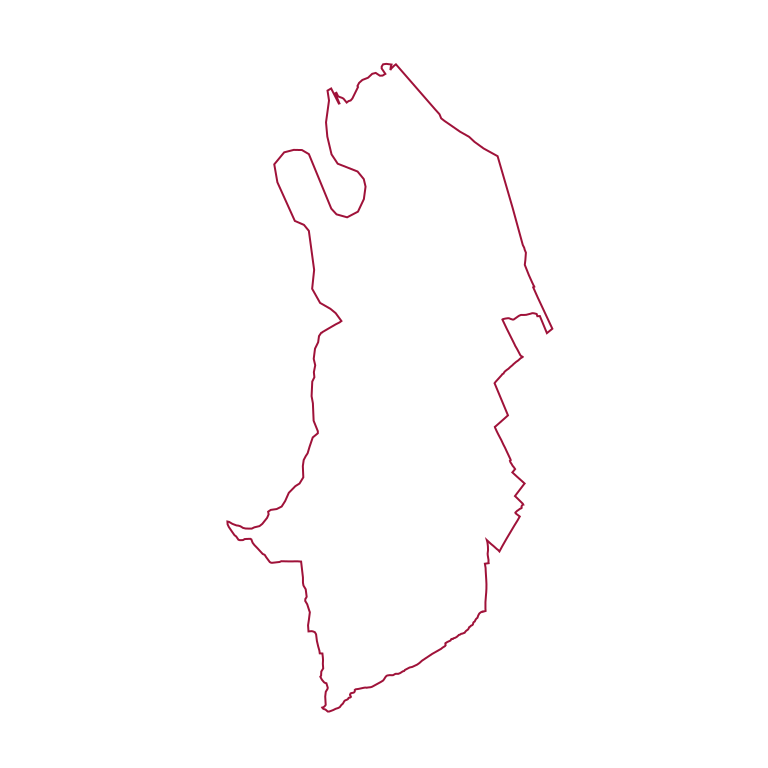 the district of Sibot, Alba, Romania, rotated 262°
{"feature_id": "2599482B82824801071491", "entity_name": "Sibot", "entity_type": "district", "adm_level": 2, "iso_a3": "ROU", "parent_name": "Romania", "parent_adm1": "Alba", "projection": "robinson", "projection_center": [23.303, 45.942], "detail": "fine", "context": "isolated", "style": "outline", "palette": "rose", "viewbox_px": 768, "rotation_deg": 262, "n_neighbors": 0, "source": "geoboundaries", "source_scale": "gbopen_adm2", "svg_char_len": 6062}
<svg xmlns="http://www.w3.org/2000/svg" viewBox="0 0 768 768"><g transform="rotate(262 384 384)"><path d="M682.4,368.9L672.4,369.0L651.2,363.0L636.9,362.3L618.7,364.0L608.6,368.8L598.1,387.4L589.7,392.5L582.0,393.2L569.9,389.8L558.3,382.2L554.2,370.7L558.6,360.6L565.0,356.2L622.1,341.6L627.1,335.3L628.4,327.2L627.3,317.4L616.8,305.9L598.6,306.5L557.9,318.4L552.7,326.9L546.1,330.9L506.7,330.7L488.3,326.1L473.2,332.0L465.9,341.4L460.9,346.0L452.3,350.6L451.2,348.6L449.8,344.5L447.0,337.6L444.0,330.3L443.6,329.9L443.4,328.9L440.5,326.3L434.5,324.6L428.6,320.6L418.7,317.9L412.1,318.5L405.5,316.2L400.4,316.0L396.4,313.3L382.0,310.6L374.8,310.9L357.4,309.2L346.5,311.9L344.4,311.6L341.0,306.0L332.3,301.6L326.0,298.7L323.4,296.4L319.9,293.9L314.0,292.2L302.8,291.1L297.2,286.5L295.2,282.0L289.5,274.6L281.8,269.8L276.9,265.6L275.1,260.3L275.1,254.4L273.7,251.5L271.0,251.6L267.7,249.6L262.4,244.0L260.6,240.9L260.1,235.6L259.2,232.9L260.1,227.0L261.1,224.4L263.1,222.0L264.0,220.1L264.5,218.2L266.6,214.4L269.0,211.4L269.6,209.8L266.8,209.6L264.1,210.4L259.0,212.9L255.1,214.9L253.6,216.4L250.0,218.2L249.4,219.6L249.1,222.0L249.2,223.2L249.8,224.2L249.7,226.2L249.3,230.0L248.6,231.0L245.1,231.8L242.6,233.2L238.9,235.9L232.6,240.2L231.6,241.8L231.2,242.2L228.9,243.2L223.6,246.1L222.8,247.2L222.5,248.2L222.3,255.8L222.8,257.6L221.6,264.9L220.4,273.8L219.7,277.2L203.7,276.8L198.5,276.1L195.6,276.2L191.6,277.9L184.1,277.8L183.3,277.3L182.1,276.2L180.1,275.8L176.6,277.3L170.2,278.4L168.3,278.8L161.3,276.9L155.6,275.2L149.5,274.8L149.3,278.1L148.7,279.6L147.8,281.0L145.6,281.9L138.9,281.8L133.3,282.3L129.0,282.9L126.2,282.9L125.7,285.5L121.8,285.4L119.1,285.2L115.4,284.5L110.8,284.2L108.0,281.9L103.9,281.1L103.0,280.2L99.9,281.3L97.0,283.1L96.1,284.2L95.7,285.3L91.3,286.0L90.9,286.0L89.9,285.6L87.3,283.5L82.7,282.3L74.4,281.6L73.8,281.1L73.2,280.4L72.4,279.2L72.2,277.8L71.5,278.1L70.8,278.7L70.3,279.5L69.8,280.7L67.5,282.7L67.3,284.1L67.6,285.7L68.2,288.3L69.1,291.0L69.4,292.8L69.6,293.8L70.1,295.0L70.3,295.4L71.6,296.6L72.2,297.3L73.2,298.8L75.4,300.5L75.9,301.1L76.1,301.7L76.3,302.4L76.5,303.2L76.9,304.3L77.4,304.7L78.0,305.2L78.2,305.6L78.2,306.7L78.8,307.7L79.9,307.4L80.6,307.1L81.1,307.1L81.7,307.6L82.2,307.8L82.4,308.3L82.5,309.2L82.5,310.2L82.7,311.2L82.9,311.6L83.3,312.0L83.8,312.3L84.2,312.4L85.1,312.5L85.5,313.2L85.6,313.6L85.6,316.4L86.0,321.9L86.0,323.0L85.9,323.9L85.6,324.6L85.7,325.6L85.6,328.4L85.7,329.2L85.9,330.2L87.3,333.9L89.3,339.2L90.4,341.7L90.9,342.3L92.2,343.5L93.2,344.3L93.8,344.9L94.5,345.7L94.8,346.4L94.9,346.9L94.9,349.2L94.5,351.3L94.4,352.3L94.6,352.9L95.0,354.0L95.3,354.7L95.4,355.3L95.0,357.7L95.2,358.6L95.4,359.5L96.1,361.1L96.8,362.5L97.0,364.0L97.9,364.9L99.7,369.9L99.9,372.6L101.5,377.8L102.8,380.3L104.7,383.1L110.0,394.1L113.8,403.7L114.8,405.3L115.8,407.6L116.1,408.1L116.3,408.2L116.6,408.6L116.9,408.6L118.3,408.6L118.7,408.7L119.0,409.0L119.1,409.5L119.1,409.8L119.4,410.1L119.6,410.5L120.7,414.1L121.0,414.4L121.9,415.0L122.1,415.5L121.9,416.5L122.0,416.9L122.5,417.3L122.6,418.1L122.7,418.9L123.4,420.8L123.7,421.2L124.6,422.6L125.1,423.2L125.2,424.3L125.9,425.7L125.9,426.2L125.9,426.9L126.3,428.4L126.4,429.2L126.9,429.6L128.0,430.8L128.4,431.5L129.2,433.0L130.1,433.8L131.2,434.4L131.5,434.8L131.6,435.4L131.9,435.8L132.4,436.2L132.6,436.7L132.8,437.4L133.0,438.0L133.3,438.3L133.8,438.7L134.3,438.9L134.8,439.1L135.3,439.3L135.7,439.7L136.2,440.8L136.5,441.0L137.6,441.7L138.5,442.5L138.9,443.0L139.5,444.0L141.5,445.0L143.3,446.3L143.7,446.8L144.5,448.2L145.0,449.8L145.0,450.3L144.7,450.3L145.1,453.0L147.5,453.2L153.9,454.1L160.3,455.5L163.3,456.2L166.9,456.9L171.6,457.6L175.8,458.0L184.8,458.7L187.7,459.0L192.0,458.9L192.0,462.7L193.3,462.7L195.2,463.0L199.9,462.9L201.5,463.0L205.0,463.9L208.7,464.3L212.9,464.4L215.1,464.1L210.7,467.7L208.3,469.9L204.7,472.9L204.0,473.7L202.1,475.0L207.0,478.6L213.6,483.7L225.7,493.4L230.5,497.4L233.9,500.0L236.9,497.0L237.8,496.3L238.1,496.2L238.4,496.2L240.0,498.4L240.4,499.4L241.0,500.4L241.4,501.1L241.7,502.0L241.9,502.8L242.0,502.9L242.2,503.1L243.3,503.1L244.1,503.4L244.4,503.7L245.1,504.5L245.2,504.8L245.2,505.1L246.1,504.8L251.5,500.7L254.8,498.1L264.6,508.0L265.9,509.4L274.1,502.5L278.6,498.8L281.5,502.0L283.5,501.0L285.1,500.0L285.8,499.7L287.1,499.2L288.7,498.4L290.4,498.0L291.0,498.9L292.3,498.6L301.0,495.9L302.7,495.4L304.3,494.9L307.4,493.8L312.3,492.3L315.3,491.2L316.2,490.9L316.7,490.7L319.0,489.9L320.2,489.5L321.4,489.1L325.4,487.9L326.1,487.8L326.8,489.0L333.0,498.4L335.7,502.4L369.4,493.6L370.7,494.9L374.2,499.1L375.4,500.5L376.1,501.4L377.3,502.6L377.6,503.5L377.7,503.8L378.6,504.4L379.0,504.8L379.7,505.6L380.9,507.6L381.3,508.4L381.9,509.6L382.5,510.3L383.7,512.1L384.6,513.6L385.0,514.2L385.4,514.6L387.5,517.9L388.0,518.8L388.1,519.2L389.0,520.7L390.0,522.1L390.6,523.1L390.9,523.8L391.3,524.6L391.3,524.9L391.5,525.1L391.9,524.7L392.6,523.7L393.6,523.0L400.0,520.7L403.2,519.4L403.6,519.2L404.1,519.1L406.3,518.4L421.8,513.2L431.4,510.2L431.5,510.3L431.7,511.1L431.9,513.2L431.9,516.0L431.7,516.9L431.4,517.5L430.6,518.8L430.5,519.2L430.0,520.1L429.8,520.8L429.9,521.6L432.4,526.4L432.8,527.3L433.3,529.1L433.3,529.6L433.0,531.3L432.7,534.3L433.2,538.9L433.5,540.6L433.2,542.2L432.7,543.5L432.1,544.9L429.8,545.3L429.6,547.8L411.7,552.4L415.3,558.4L448.2,548.3L459.0,545.2L459.4,546.4L459.9,546.3L460.3,546.0L464.1,544.8L471.7,542.6L482.4,540.0L486.9,541.2L494.3,542.8L497.4,542.0L499.4,541.8L502.3,540.8L540.4,535.9L593.8,528.2L603.4,515.4L611.2,507.3L616.9,502.7L623.2,494.5L636.1,480.5L639.1,477.6L643.4,476.5L648.9,472.8L698.9,440.3L697.7,438.2L696.5,436.6L695.4,435.1L694.0,434.0L697.0,434.8L699.3,435.9L700.7,430.8L700.7,427.6L698.7,425.9L696.8,425.6L690.9,428.5L689.6,425.5L689.9,422.8L693.2,419.1L692.8,415.5L689.5,410.8L688.1,404.9L685.7,401.3L682.8,399.2L681.7,399.6L671.1,392.4L669.4,390.4L669.1,388.3L667.9,386.2L672.2,383.6L673.2,382.3L674.4,380.0L675.3,378.6L679.0,377.4L678.6,376.1L668.1,378.9L668.0,378.3L684.0,372.8L682.4,368.9Z" fill="none" stroke="#9f1239" stroke-width="2"/></g></svg>